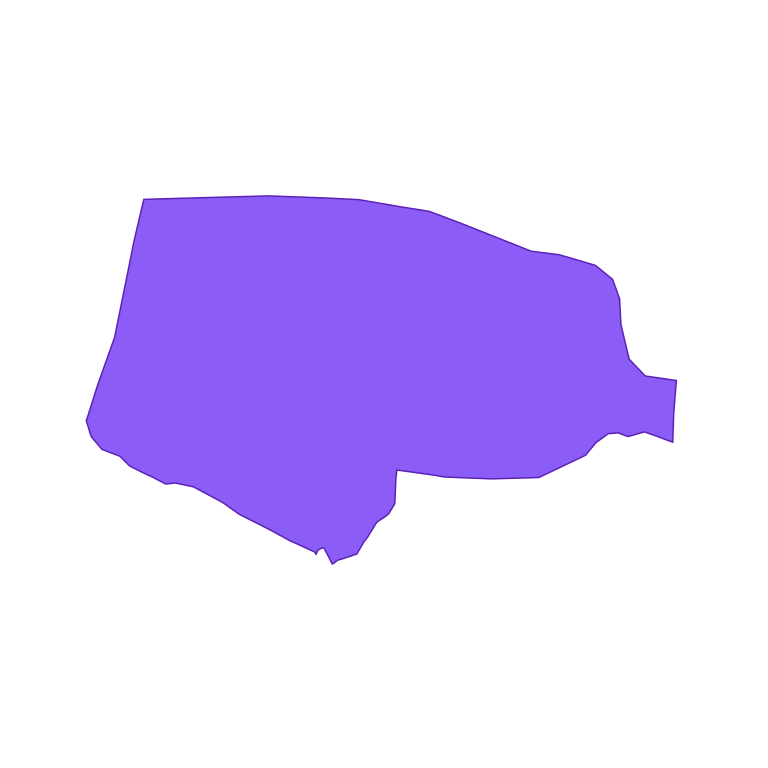 Sharg Aj Jabal, Southern Darfur, Sudan, rotated 201°
{"feature_id": "16777658B39782725929705", "entity_name": "Sharg Aj Jabal", "entity_type": "district", "adm_level": 2, "iso_a3": "SDN", "parent_name": "Sudan", "parent_adm1": "Southern Darfur", "projection": "mercator", "projection_center": [24.504, 12.892], "detail": "fine", "context": "isolated", "style": "filled", "palette": "violet", "viewbox_px": 768, "rotation_deg": 201, "n_neighbors": 0, "source": "geoboundaries", "source_scale": "gbopen_adm2", "svg_char_len": 4837}
<svg xmlns="http://www.w3.org/2000/svg" viewBox="0 0 768 768"><g transform="rotate(201 384 384)"><path d="M648.9,243.2L648.6,242.8L647.4,241.3L647.2,241.1L646.6,240.3L643.0,235.7L640.6,232.5L639.8,231.6L639.7,231.4L639.1,230.7L638.7,230.2L638.1,229.8L637.1,229.3L636.7,229.0L634.8,227.9L626.3,223.2L624.9,222.4L624.4,222.1L624.1,221.9L623.9,221.9L623.5,221.9L623.0,221.9L622.5,221.9L622.2,221.9L621.1,221.9L619.4,221.9L617.8,221.9L616.9,221.9L614.1,221.9L608.7,221.9L606.0,221.9L605.2,221.9L604.9,221.9L604.6,221.9L604.3,221.8L604.2,221.7L603.9,221.6L603.0,221.2L602.6,221.0L600.5,220.1L600.2,220.0L599.6,219.7L597.2,218.6L595.8,218.0L593.7,217.0L593.2,216.9L592.5,216.5L592.1,216.4L591.6,216.3L589.8,216.1L588.4,215.9L587.4,215.8L586.8,215.7L584.6,215.5L584.3,215.5L583.5,215.4L581.9,215.3L581.4,215.2L580.7,215.2L580.4,215.1L579.7,215.0L579.3,215.0L578.7,214.9L578.4,214.9L577.3,214.8L576.7,214.8L576.3,214.7L574.9,214.7L574.4,214.6L572.9,214.5L570.3,214.4L569.5,214.3L568.9,214.3L568.2,214.3L567.8,214.2L567.6,214.2L567.2,214.2L566.3,214.1L566.2,214.1L565.5,214.0L565.3,214.0L564.9,213.9L564.2,213.8L563.9,213.8L563.4,213.7L563.2,213.7L562.7,213.6L562.4,213.6L562.2,213.6L561.8,213.5L561.2,213.5L560.2,213.4L559.3,213.2L557.0,213.0L555.5,212.8L552.5,212.4L552.1,212.4L550.3,213.2L550.1,213.3L548.4,214.2L547.9,214.5L544.8,216.0L543.8,216.6L543.1,216.9L542.4,217.0L541.7,217.1L540.9,217.2L540.2,217.3L537.9,217.7L535.8,218.0L534.0,218.3L531.9,218.6L531.3,218.7L528.2,219.2L525.6,219.6L525.1,219.7L524.9,219.7L523.6,219.5L523.4,219.5L522.6,219.4L522.1,219.4L521.6,219.3L518.1,218.8L517.6,218.8L516.3,218.6L511.9,218.1L510.8,217.9L509.8,217.8L507.5,217.5L498.0,216.3L496.7,216.1L494.8,215.9L494.1,215.8L492.9,215.6L492.1,215.5L491.8,215.5L491.6,215.4L489.5,214.9L486.7,214.2L485.1,213.7L484.2,213.5L479.0,212.2L477.5,211.8L475.3,211.2L474.1,210.9L473.8,210.8L473.6,210.8L472.8,210.6L472.6,210.5L472.0,210.4L471.7,210.4L471.1,210.3L470.7,210.3L470.4,210.3L469.8,210.2L469.4,210.2L469.2,210.2L468.6,210.1L468.3,210.1L468.1,210.0L467.9,210.0L467.0,209.9L466.6,209.9L466.4,209.9L466.0,209.8L464.9,209.7L459.6,209.2L444.0,207.6L443.0,207.5L437.3,206.9L431.7,206.1L428.1,205.6L426.2,205.4L416.7,204.1L416.2,204.0L413.2,203.8L411.2,203.7L403.5,203.3L400.3,203.0L396.0,202.8L394.7,202.7L388.7,202.3L388.1,201.9L387.5,201.5L386.4,200.7L386.3,200.9L386.3,201.2L386.3,201.5L386.3,202.3L386.3,202.7L386.3,203.6L386.3,203.8L386.3,204.2L386.3,204.6L386.3,204.8L386.3,205.2L385.9,205.7L385.6,206.0L385.3,206.3L385.1,206.5L384.9,206.8L384.7,207.0L384.0,207.7L383.6,208.0L383.2,208.3L383.0,208.5L382.6,208.8L382.2,209.0L381.9,209.3L381.5,209.5L381.3,209.4L381.2,209.3L380.6,208.9L380.0,208.4L379.8,208.2L379.6,208.0L379.3,207.7L378.5,207.0L377.9,206.4L377.5,206.1L376.8,205.5L376.0,204.8L375.2,204.1L374.7,203.6L373.8,202.8L373.5,202.5L373.1,202.2L372.7,201.8L372.5,201.6L372.2,201.3L371.3,200.6L370.8,200.1L369.8,199.2L369.7,199.1L369.1,198.6L368.6,198.1L368.3,197.9L368.2,197.7L367.9,197.5L367.5,197.6L367.3,198.0L366.9,198.5L366.6,198.9L366.4,199.2L366.1,199.6L366.0,199.8L365.4,200.9L364.9,201.7L363.9,203.1L362.1,204.4L361.8,204.7L361.7,204.7L361.6,204.8L360.9,205.3L359.8,206.2L358.8,207.0L358.3,207.4L356.6,208.8L355.0,210.1L354.6,210.4L354.3,210.7L351.5,213.0L350.3,214.0L349.5,214.6L348.5,215.5L348.4,216.1L348.3,216.8L348.1,218.0L348.0,218.5L347.5,221.5L347.1,223.7L346.3,228.5L346.2,229.1L345.3,232.3L345.2,232.6L344.4,235.4L343.9,238.4L343.8,238.9L343.4,240.7L342.5,245.4L342.3,246.6L342.1,247.6L341.8,249.5L341.2,252.4L340.6,253.2L338.8,255.8L337.6,257.5L336.6,258.9L336.1,259.6L335.4,260.6L335.2,261.0L334.9,261.5L333.2,264.3L333.0,265.1L332.8,266.2L332.7,266.8L332.6,267.1L332.5,267.8L331.9,271.2L331.7,272.4L331.5,273.0L331.5,273.4L331.3,274.1L331.2,275.2L331.0,276.0L331.1,276.3L331.4,277.1L331.6,277.9L331.8,278.3L332.1,279.4L334.0,285.0L335.3,288.9L337.9,296.6L338.9,299.7L339.3,300.9L341.0,307.9L341.1,308.3L328.0,311.4L305.1,316.7L303.0,317.2L298.4,318.0L295.1,318.7L294.9,318.8L293.9,319.0L286.7,321.4L270.6,326.8L259.3,330.7L254.8,332.2L254.3,332.4L253.8,332.5L250.3,333.7L216.9,347.6L205.9,352.2L170.4,389.6L169.8,391.1L169.7,391.7L166.6,400.7L166.2,401.8L165.7,403.5L165.4,404.4L165.1,405.3L164.9,405.6L164.7,405.8L164.3,406.4L160.7,412.0L159.1,414.5L157.5,417.0L157.1,417.6L156.8,418.0L147.9,422.3L137.5,422.3L124.2,432.2L123.6,432.6L123.0,432.7L122.6,432.7L122.2,432.7L121.9,432.7L121.7,432.7L121.3,432.7L120.9,432.7L109.6,433.0L107.7,433.0L94.8,433.1L93.6,433.2L103.1,460.7L112.3,492.0L143.0,485.1L164.0,495.0L184.1,524.4L194.6,548.0L208.1,563.6L229.1,570.5L266.5,567.5L294.3,560.7L369.9,561.6L403.4,561.4L433.9,555.0L473.5,547.1L505.3,536.7L559.0,518.3L619.0,493.4L674.4,470.3L672.8,458.4L668.8,429.3L652.2,331.0L651.0,281.2L650.6,274.0L649.0,248.2L648.9,243.2Z" fill="#8b5cf6" stroke="#5b21b6" stroke-width="1.5"/></g></svg>